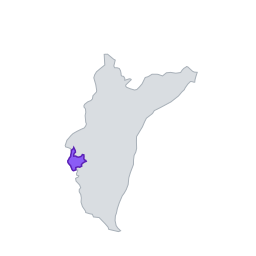 where Camenca sits in Moldova, rotated 227°
{"feature_id": "MDA-1652", "entity_name": "Camenca", "entity_type": "District", "adm_level": 1, "iso_a3": "MDA", "parent_name": "Moldova", "parent_adm1": "", "projection": "mercator", "projection_center": [28.71, 47.999], "detail": "fine", "context": "in_parent", "style": "filled", "palette": "violet", "viewbox_px": 256, "rotation_deg": 227, "n_neighbors": 0, "source": "natural_earth", "source_scale": "10m", "svg_char_len": 2539}
<svg xmlns="http://www.w3.org/2000/svg" viewBox="0 0 256 256"><g transform="rotate(227 128 128)"><path d="M57.9,52.5L58.7,50.4L67.0,44.8L69.1,45.8L73.4,46.0L82.2,45.8L86.5,42.1L89.2,43.1L91.4,41.5L95.0,39.4L95.5,39.8L96.0,40.2L101.6,41.1L105.8,43.1L108.7,46.2L111.6,48.1L114.6,48.8L116.2,50.3L116.6,52.7L119.4,53.8L124.6,53.8L126.9,55.3L126.1,58.4L126.6,59.4L128.5,58.3L129.9,59.3L130.7,61.5L131.5,62.6L134.2,59.0L137.1,59.4L143.9,60.9L147.6,68.3L149.9,70.9L151.9,72.0L154.4,70.9L156.7,69.5L158.0,70.1L160.7,75.0L161.4,81.4L161.4,84.0L160.4,88.3L159.0,92.9L157.9,95.9L158.3,98.3L159.3,100.4L161.0,101.0L166.3,105.1L168.3,107.9L171.2,110.0L173.4,110.1L174.5,111.2L174.9,112.7L174.6,116.3L173.4,119.6L173.5,121.8L175.5,124.4L175.7,127.3L175.8,129.3L176.8,130.7L181.7,134.0L188.0,137.2L189.6,139.9L190.6,143.3L190.3,149.0L189.9,154.0L198.1,160.8L197.2,162.0L195.9,163.4L188.0,164.4L186.4,165.0L183.0,159.9L181.2,159.3L179.5,161.1L177.5,162.2L175.1,161.6L172.6,160.1L171.3,159.0L170.2,158.9L168.7,160.0L166.5,159.5L165.1,158.2L163.1,162.5L161.9,163.4L161.1,163.3L161.0,156.0L160.4,154.9L158.8,154.7L155.0,156.5L151.3,158.7L150.1,160.7L150.2,164.3L150.7,168.5L153.2,175.0L151.8,177.8L150.9,182.3L147.0,186.4L142.5,188.8L142.2,193.7L139.7,197.0L135.5,200.3L132.7,204.3L133.4,207.1L133.5,209.7L133.1,211.4L133.0,212.8L131.8,213.4L125.4,213.9L123.6,214.7L121.5,216.6L119.5,213.0L117.5,209.8L116.0,208.1L116.6,207.4L118.2,206.5L119.4,205.4L119.3,201.6L118.4,197.3L117.6,195.2L117.6,191.9L117.0,186.7L117.8,177.2L121.0,165.1L122.8,159.1L121.9,155.8L122.6,148.1L121.2,144.3L119.0,139.3L115.9,128.4L112.0,124.6L107.2,120.4L105.1,117.3L103.8,113.8L100.9,110.3L97.6,107.1L93.7,99.2L91.6,95.6L91.0,94.6L86.5,89.5L84.2,84.8L83.0,81.0L82.3,77.5L79.2,70.5L76.3,65.2L73.6,61.4L72.3,58.8L69.1,55.4L64.6,52.7L61.7,52.3L57.9,52.5Z" fill="#d9dde1" stroke="#a8b0b8" stroke-width="1"/><path d="M134.7,58.7L135.9,58.8L139.6,60.3L142.4,60.3L143.8,60.6L144.9,61.4L145.2,61.8L145.3,62.3L145.3,62.7L145.4,63.1L146.1,64.6L146.2,66.2L146.3,66.6L146.5,66.9L147.2,67.6L147.5,68.0L148.3,69.4L149.6,70.8L150.4,71.5L150.2,72.5L150.2,74.3L150.4,74.5L150.7,75.0L147.4,74.0L146.6,73.4L146.1,73.0L146.2,71.5L145.5,70.1L144.4,69.1L144.0,69.6L143.8,69.8L143.2,70.6L142.5,70.8L141.8,70.9L140.3,72.0L139.3,74.1L139.3,75.4L139.7,76.5L138.5,77.4L137.0,76.2L135.8,74.8L134.2,74.4L133.2,75.0L132.1,74.7L132.8,73.1L133.2,70.5L132.9,68.8L131.7,68.2L132.2,66.0L133.8,64.9L134.7,62.8L133.0,61.5L133.0,61.3L133.8,59.1L134.7,58.7Z" fill="#8b5cf6" stroke="#5b21b6" stroke-width="1.5"/></g></svg>